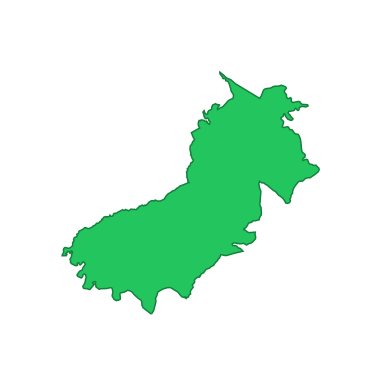 outline of Senekane, Berea, Lesotho, rotated 239°
{"feature_id": "5366337B41059399300258", "entity_name": "Senekane", "entity_type": "district", "adm_level": 2, "iso_a3": "LSO", "parent_name": "Lesotho", "parent_adm1": "Berea", "projection": "mercator", "projection_center": [27.679, -29.225], "detail": "fine", "context": "isolated", "style": "filled", "palette": "green", "viewbox_px": 384, "rotation_deg": 239, "n_neighbors": 0, "source": "geoboundaries", "source_scale": "gbopen_adm2", "svg_char_len": 6043}
<svg xmlns="http://www.w3.org/2000/svg" viewBox="0 0 384 384"><g transform="rotate(239 192 192)"><path d="M206.0,335.8L206.7,336.1L207.5,335.8L210.3,331.7L211.6,331.0L213.9,330.9L214.6,330.3L216.8,324.5L217.3,324.1L219.2,324.0L220.9,325.4L222.2,324.9L222.3,323.1L223.1,322.0L224.9,322.1L226.9,323.1L229.6,322.6L231.2,323.3L232.3,326.3L233.2,326.4L234.3,326.2L237.5,323.6L238.2,320.7L240.2,317.1L240.6,314.9L240.6,313.0L242.5,308.6L242.7,307.3L242.6,306.3L242.0,305.1L238.4,300.5L237.4,298.2L262.4,285.0L268.2,283.1L271.9,280.4L276.2,279.2L280.3,277.6L278.9,276.8L274.7,277.3L274.0,276.9L273.0,277.2L272.6,278.2L271.9,278.6L270.8,278.8L270.0,278.2L268.2,280.0L264.1,279.3L258.0,277.5L254.1,277.7L251.7,276.0L251.0,274.7L251.5,273.0L251.6,270.2L249.1,262.2L249.6,259.8L249.6,256.4L250.5,256.8L251.7,258.6L251.9,260.0L252.5,260.4L254.0,258.6L255.7,257.5L255.5,256.5L255.9,255.5L255.9,254.6L254.7,252.7L253.3,251.8L252.7,251.0L253.1,248.4L252.7,247.2L250.8,245.5L250.9,244.8L252.0,244.0L253.2,243.8L255.5,244.3L255.1,243.0L254.6,242.4L252.0,242.0L251.3,241.5L249.0,241.1L247.6,241.6L247.3,243.5L246.2,243.7L244.4,243.2L242.8,243.6L242.0,243.1L241.9,242.4L241.2,241.7L243.3,240.7L243.8,241.2L245.5,240.7L245.6,239.6L247.1,239.3L249.1,237.0L248.8,235.7L249.7,234.9L248.0,232.9L245.5,231.6L242.9,231.6L243.2,222.0L238.1,221.2L236.1,221.4L234.9,219.8L234.9,218.8L233.1,216.3L232.3,214.1L229.6,212.2L225.2,210.8L224.6,209.9L223.9,210.1L220.7,209.4L218.9,209.6L218.1,209.0L217.3,207.4L217.6,206.8L217.4,205.7L215.4,203.7L215.7,202.9L215.4,202.1L214.3,200.9L214.3,199.9L212.8,199.4L212.0,197.6L209.7,196.7L206.9,195.0L206.0,195.1L202.7,193.8L201.7,194.2L203.3,184.6L202.8,181.3L203.1,180.5L202.5,179.4L202.5,176.9L203.0,175.8L202.7,174.2L202.7,170.2L201.9,167.8L200.2,164.5L200.5,160.5L202.1,157.5L202.9,157.3L204.1,156.1L203.7,155.3L205.4,152.8L205.4,149.3L204.8,148.7L204.2,145.4L205.0,145.0L205.1,143.4L206.5,142.5L206.4,140.9L207.0,139.4L206.2,138.5L206.2,136.7L205.7,136.1L205.7,134.8L206.9,133.7L207.0,132.9L207.6,132.5L208.8,130.7L208.5,130.0L208.7,127.9L211.2,126.1L211.0,124.5L211.8,123.7L212.5,123.5L212.9,117.9L212.7,116.2L213.8,114.3L213.5,113.2L212.7,112.5L212.2,111.5L213.0,109.9L214.4,109.8L213.9,108.8L213.7,107.6L215.5,105.0L215.8,103.2L214.8,101.6L215.1,100.6L214.2,100.2L214.0,99.6L214.1,97.6L213.4,95.9L214.3,94.1L213.5,91.7L213.8,89.9L213.3,88.4L213.8,84.7L214.3,83.9L216.1,82.6L216.7,81.7L216.3,79.8L216.3,77.3L216.6,75.9L216.5,74.9L214.9,73.0L214.8,72.6L215.2,71.9L214.9,71.4L213.5,71.0L213.1,69.9L213.5,67.9L213.3,67.2L212.1,65.9L210.5,65.3L210.3,63.8L207.8,62.2L207.2,61.1L206.9,59.1L207.2,57.5L208.0,56.4L209.5,55.1L209.9,54.2L209.7,53.3L208.9,52.2L206.0,50.6L205.3,48.7L204.2,47.9L202.2,51.4L203.0,52.7L204.2,52.2L204.9,55.5L204.3,56.0L202.7,55.7L202.3,56.0L202.4,56.8L203.6,57.9L203.5,58.5L202.4,58.7L201.3,58.1L200.7,56.7L198.8,55.6L197.2,52.8L195.2,52.3L194.1,51.5L192.2,52.0L189.0,54.1L188.3,55.2L188.2,56.1L189.6,56.6L190.0,57.7L189.8,58.3L189.4,58.5L187.8,58.2L187.1,58.6L187.3,60.3L188.2,62.3L188.0,63.0L185.5,63.5L184.8,63.1L183.3,59.5L181.7,57.7L182.0,54.7L180.2,50.8L178.8,50.5L175.3,52.8L175.6,54.3L177.3,56.2L177.0,57.7L175.8,58.1L172.9,57.2L172.2,55.8L170.0,54.2L168.4,52.0L167.2,49.7L165.5,49.5L164.8,49.9L163.1,52.3L161.3,53.7L161.0,54.3L163.0,60.0L163.5,60.3L165.2,60.1L165.7,60.4L165.0,63.0L164.2,63.1L163.1,61.3L161.7,61.7L160.3,60.8L156.4,62.3L156.2,63.7L153.2,69.1L152.1,72.7L151.1,73.7L150.2,73.8L147.1,72.8L144.1,70.0L140.1,69.9L138.1,71.0L137.1,73.2L137.0,75.2L138.2,76.1L141.6,77.6L142.3,78.7L141.0,82.7L140.9,86.2L139.0,88.2L137.0,89.1L133.4,89.7L129.1,91.0L125.6,92.5L123.5,92.3L120.8,90.8L117.9,90.5L109.1,93.9L108.6,94.6L108.6,95.3L110.4,98.4L115.7,103.7L117.3,105.1L119.4,105.7L121.4,108.7L123.6,110.8L123.9,111.6L123.8,117.1L122.7,121.5L121.2,124.3L113.6,128.3L107.6,129.2L104.9,131.7L103.7,132.1L103.8,132.4L105.3,132.2L103.8,134.1L103.9,134.9L105.3,136.7L105.3,138.2L107.6,139.4L108.6,140.9L109.7,143.9L112.5,144.6L112.7,146.7L113.7,148.1L115.0,148.5L115.7,149.8L116.2,153.1L115.2,154.3L115.4,155.1L116.2,155.5L115.9,156.2L117.0,157.4L116.8,160.4L118.5,164.1L117.8,167.8L118.2,170.7L118.0,172.8L119.4,175.6L120.1,178.7L121.0,179.8L121.1,181.5L121.8,181.9L122.2,183.0L123.0,183.6L123.5,184.4L120.2,188.0L119.6,189.5L117.8,196.4L115.0,205.2L117.5,204.7L119.2,204.0L120.0,203.0L122.6,202.4L124.2,201.0L124.9,199.5L126.6,199.4L126.9,200.0L126.7,201.9L126.1,202.8L124.3,204.4L124.0,205.5L122.9,206.2L121.4,209.8L118.4,211.5L118.5,214.2L117.9,215.5L117.9,218.1L119.2,222.4L120.9,223.5L123.6,224.4L125.0,225.6L127.6,220.3L129.0,219.0L131.7,218.1L133.1,216.9L133.8,217.7L133.6,219.3L134.2,221.1L136.2,224.6L135.3,227.5L135.9,229.2L134.6,231.9L133.6,235.3L135.6,237.2L136.7,239.7L143.0,243.2L145.9,243.4L156.9,251.3L160.7,252.0L164.7,253.6L166.4,255.4L164.1,256.4L162.5,258.4L160.5,259.0L159.5,259.8L152.2,262.3L148.7,264.0L144.5,264.6L143.0,265.5L139.2,266.8L134.0,266.8L132.9,268.3L132.7,270.2L133.4,271.4L134.3,272.1L135.5,272.2L136.4,273.8L138.4,275.5L139.2,277.6L140.6,278.4L142.5,280.5L144.1,283.5L145.8,288.1L145.9,289.8L144.5,292.1L144.5,293.5L145.1,295.6L144.9,297.8L143.4,300.6L143.8,307.0L144.2,309.9L144.8,311.4L145.7,312.6L147.5,313.0L148.5,312.5L150.9,312.2L151.7,311.2L151.9,310.2L152.5,309.6L153.8,309.1L155.0,307.5L157.0,307.0L159.9,307.7L160.8,307.3L161.5,305.8L161.8,303.3L162.6,303.4L163.2,304.1L163.6,304.8L163.6,306.6L165.4,308.1L166.6,308.1L169.1,307.1L170.7,307.2L178.9,311.1L181.7,312.2L184.5,312.7L186.6,312.7L188.5,310.8L189.8,310.1L193.5,309.9L195.2,308.0L197.9,308.1L198.9,307.3L199.8,304.4L200.4,303.6L201.3,303.0L202.7,304.2L203.6,305.6L204.9,306.6L205.9,306.7L208.7,305.9L209.7,306.4L210.0,309.4L211.3,310.5L211.6,311.4L210.9,311.8L208.7,311.2L205.1,311.6L203.0,313.2L202.3,314.0L202.1,315.4L202.7,316.3L205.7,315.6L207.2,315.8L208.1,315.3L210.5,315.2L211.2,316.4L209.5,320.7L209.4,322.0L210.2,323.1L210.3,324.1L207.6,324.5L207.2,325.3L207.4,326.0L209.1,327.6L209.0,328.8L208.6,330.5L206.2,333.5L206.0,335.8Z" fill="#22c55e" stroke="#15803d" stroke-width="1.5"/></g></svg>